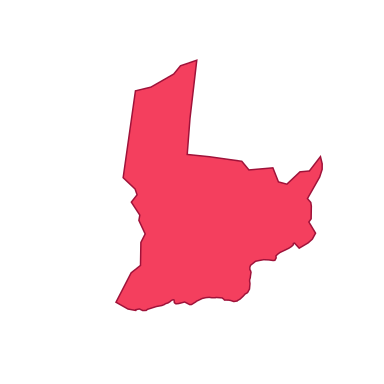 the district of Salem, New Jersey, United States of America, rotated 235°
{"feature_id": "52423323B39484776896839", "entity_name": "Salem", "entity_type": "district", "adm_level": 2, "iso_a3": "USA", "parent_name": "United States of America", "parent_adm1": "New Jersey", "projection": "equal_earth", "projection_center": [-75.458, 39.588], "detail": "fine", "context": "isolated", "style": "filled", "palette": "rose", "viewbox_px": 384, "rotation_deg": 235, "n_neighbors": 0, "source": "geoboundaries", "source_scale": "gbopen_adm2", "svg_char_len": 1554}
<svg xmlns="http://www.w3.org/2000/svg" viewBox="0 0 384 384"><g transform="rotate(235 192 192)"><path d="M78.4,181.1L79.5,183.4L83.3,186.6L84.0,187.1L85.8,188.0L86.0,188.1L87.1,188.9L88.3,190.5L89.9,191.9L92.4,194.3L94.3,194.9L95.2,194.8L97.3,196.3L98.4,198.0L98.8,204.3L97.5,207.4L95.5,211.8L92.3,216.0L89.3,219.2L88.5,220.7L89.7,223.1L91.5,224.1L91.9,226.4L92.0,229.3L90.4,239.0L90.3,242.3L90.7,244.8L91.7,245.5L91.3,246.7L84.5,247.6L83.7,258.0L84.4,263.6L87.4,269.6L100.4,270.5L101.7,274.2L111.9,281.6L115.3,283.3L120.4,282.8L131.0,305.1L135.9,311.6L140.4,314.8L147.3,317.5L141.9,300.2L146.6,292.0L144.0,274.2L150.7,268.6L165.4,272.1L177.4,251.3L188.6,250.4L210.9,226.5L225.5,209.6L253.6,232.7L297.2,271.5L302.0,255.0L299.1,244.7L301.5,218.4L307.3,203.7L243.2,143.8L227.1,147.1L221.2,145.4L218.5,136.5L203.0,136.0L199.2,132.2L184.5,129.6L180.0,121.2L161.4,107.7L160.7,95.8L145.3,66.5L133.8,72.0L132.9,72.4L127.3,77.9L127.2,78.1L127.4,78.3L127.8,78.5L126.4,81.8L123.1,83.7L121.3,86.5L121.4,88.3L118.6,97.2L118.1,98.3L116.3,102.2L115.7,104.8L115.7,106.3L114.9,108.7L114.8,111.2L115.0,112.6L114.7,114.6L114.1,115.3L112.8,114.9L112.1,114.3L111.2,114.1L109.6,114.7L108.3,117.0L107.8,118.3L106.1,122.9L102.5,124.8L101.0,125.6L100.1,127.1L99.8,132.2L100.0,132.7L98.9,139.4L97.5,142.8L95.8,145.7L94.0,147.6L92.1,150.3L91.9,150.7L91.9,151.1L88.0,155.9L86.2,156.5L84.9,156.6L82.5,159.9L80.9,161.5L78.3,163.4L76.8,166.5L77.0,166.9L76.7,169.9L77.3,174.1L78.0,177.2L77.7,179.0L78.0,180.5L78.4,181.1Z" fill="#f43f5e" stroke="#9f1239" stroke-width="1.5"/></g></svg>